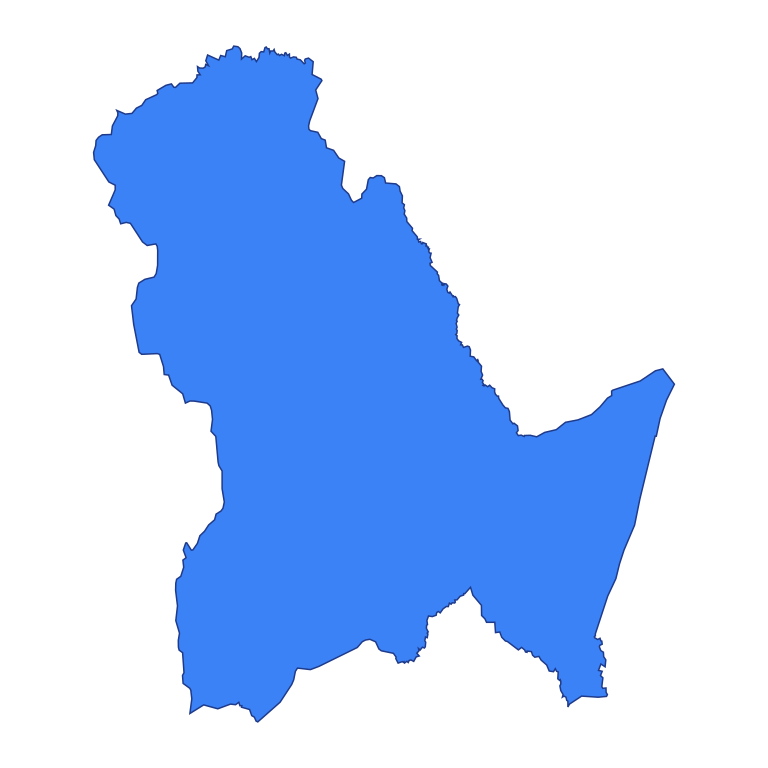 Thung Saliam, Sukhothai, Thailand
{"feature_id": "78962969B26447913933028", "entity_name": "Thung Saliam", "entity_type": "district", "adm_level": 2, "iso_a3": "THA", "parent_name": "Thailand", "parent_adm1": "Sukhothai", "projection": "equal_earth", "projection_center": [99.595, 17.377], "detail": "fine", "context": "isolated", "style": "filled", "palette": "blue", "viewbox_px": 768, "rotation_deg": 0, "n_neighbors": 0, "source": "geoboundaries", "source_scale": "gbopen_adm2", "svg_char_len": 6050}
<svg xmlns="http://www.w3.org/2000/svg" viewBox="0 0 768 768"><path d="M189.9,713.5L203.7,704.9L217.8,708.8L230.5,704.1L235.6,704.7L238.8,702.3L239.9,705.7L241.8,705.7L241.5,707.2L249.6,709.5L251.7,715.6L254.3,717.1L256.1,721.1L257.8,721.9L280.1,702.2L291.7,684.5L293.7,679.8L295.4,671.3L297.5,668.1L310.4,669.6L318.9,666.4L357.3,647.5L362.3,641.7L365.6,640.0L369.9,639.3L375.6,641.8L378.9,649.0L381.3,650.8L393.4,653.3L396.1,657.1L395.8,658.6L398.1,663.1L402.4,661.6L403.4,662.4L404.0,661.7L404.6,663.0L406.9,661.3L408.2,662.5L409.2,660.4L411.0,660.0L413.7,661.4L416.2,656.9L419.2,656.0L416.8,653.2L419.0,650.8L418.5,648.5L420.2,650.0L422.4,647.2L424.4,648.0L425.3,646.8L425.7,642.2L424.8,640.8L425.5,637.0L427.2,637.7L427.9,634.0L427.2,633.1L428.2,631.9L426.4,628.4L426.6,625.3L427.5,624.6L426.9,620.5L428.5,616.0L432.3,616.6L436.2,615.2L436.7,612.5L438.3,611.5L440.2,612.9L443.1,608.8L446.3,606.5L448.3,606.6L449.4,603.1L451.1,604.2L452.2,602.8L454.7,603.0L455.3,602.1L454.7,600.0L457.0,599.9L460.2,596.2L463.6,595.1L463.7,593.6L464.8,593.7L470.5,587.3L472.9,595.2L481.4,605.3L481.6,615.5L484.9,618.8L486.5,622.3L494.8,622.3L495.5,632.6L499.8,632.0L501.7,637.2L505.4,641.0L507.4,641.5L518.4,649.9L521.6,647.4L524.7,650.0L525.5,652.0L527.0,652.3L527.1,651.1L531.4,651.6L532.6,655.2L534.8,657.2L538.9,656.4L541.1,660.1L546.7,665.0L549.2,671.0L553.5,671.7L555.3,668.7L556.6,671.3L558.2,671.9L557.8,678.8L559.6,680.4L560.2,679.7L560.8,681.3L560.8,684.0L559.9,685.9L560.8,690.6L563.1,694.5L562.4,697.1L564.0,696.1L566.0,697.2L566.7,700.3L567.9,701.2L567.9,707.0L569.5,704.1L581.6,696.1L598.2,697.2L606.5,696.4L607.4,694.6L606.1,692.3L606.0,688.0L602.8,688.3L601.8,686.7L602.9,677.8L600.5,675.6L602.2,671.3L598.5,670.4L600.9,664.0L605.1,666.8L605.8,659.9L603.7,656.7L603.4,652.2L600.8,650.6L599.4,646.9L599.7,645.4L602.2,644.2L601.8,641.1L600.8,640.8L600.0,638.3L597.7,639.5L594.6,637.7L594.4,636.5L595.4,635.8L595.3,634.0L607.7,596.1L615.9,578.6L619.5,563.9L624.0,550.1L634.6,525.1L639.9,498.9L655.1,436.1L656.3,436.2L660.1,418.5L666.5,400.2L674.4,384.2L662.8,368.9L655.4,370.8L640.2,381.0L612.7,390.2L611.6,391.1L611.7,395.6L607.5,398.1L600.0,406.9L591.5,414.6L577.9,419.9L565.5,422.3L556.2,429.7L544.7,432.4L536.7,436.8L530.3,435.3L524.5,435.5L524.2,436.5L521.1,435.1L518.3,435.6L516.4,432.8L518.1,430.5L517.5,425.9L514.0,423.2L512.9,423.8L510.1,420.1L509.4,411.6L508.0,408.4L505.3,407.8L502.9,405.0L498.7,398.3L498.5,396.1L497.3,396.2L495.5,394.3L494.6,391.9L494.7,388.8L492.1,387.8L489.7,385.2L487.7,386.7L485.1,385.0L484.0,385.9L482.9,385.3L483.8,384.5L482.4,382.4L483.1,380.7L482.1,379.3L480.8,379.3L482.6,375.1L481.1,371.4L481.5,366.2L477.3,361.1L478.2,360.9L477.7,359.6L476.5,360.6L473.8,356.9L470.2,356.2L470.5,350.1L469.2,346.7L467.5,346.1L463.5,347.4L462.3,344.9L460.6,344.8L461.6,342.4L458.6,340.8L456.9,338.5L457.1,335.7L455.7,334.6L456.8,333.4L457.2,330.5L456.3,329.1L457.1,327.2L456.1,323.4L457.2,321.2L456.5,320.6L457.1,318.1L458.8,315.0L457.4,313.2L458.2,306.9L459.5,304.6L458.3,303.8L456.7,298.4L455.4,296.6L453.2,296.8L453.3,295.8L452.5,295.8L450.0,292.0L449.3,293.1L447.8,292.4L446.8,289.2L447.9,286.1L446.3,284.0L444.5,283.7L444.0,284.8L443.2,283.7L442.8,285.3L441.8,284.9L441.9,283.0L439.4,280.6L438.6,275.4L437.2,273.8L437.4,272.1L430.3,265.5L430.0,263.3L432.1,262.3L430.1,257.7L431.1,253.2L429.5,253.0L428.7,251.1L429.3,249.0L428.5,249.2L428.4,247.3L427.6,247.7L426.8,245.7L426.0,245.9L426.3,243.9L422.8,242.5L422.5,243.7L421.4,243.8L420.6,241.5L418.8,242.0L418.3,239.9L419.4,239.2L417.4,239.3L417.3,236.9L412.1,230.7L412.5,228.3L406.8,221.5L406.7,218.1L404.2,214.1L404.9,210.7L403.7,207.9L404.4,204.7L402.1,202.9L402.4,195.9L400.1,191.1L399.4,186.6L396.0,183.9L385.6,183.0L384.4,177.7L381.4,175.7L376.8,175.6L373.2,178.0L370.2,177.5L368.3,179.7L366.5,189.2L361.9,194.0L361.7,198.2L353.6,202.5L351.4,200.2L348.5,193.9L342.8,188.5L341.4,185.1L344.6,161.3L338.8,158.0L333.6,150.3L326.5,147.8L325.2,140.1L321.3,138.6L317.8,132.3L310.5,130.7L308.9,129.2L308.6,125.9L309.7,120.9L318.0,98.6L315.7,90.0L321.9,80.6L321.2,79.2L312.1,74.5L313.2,61.7L308.5,58.1L305.3,59.0L304.6,60.3L305.3,63.0L304.1,63.8L300.3,59.8L297.1,59.1L296.3,57.3L293.5,56.9L290.5,58.1L289.5,57.0L289.4,54.1L287.4,55.4L285.8,52.7L284.8,53.1L284.4,55.7L281.5,54.3L279.5,55.5L278.4,54.1L277.2,54.7L274.8,51.9L274.1,49.5L273.1,51.0L270.6,51.0L269.8,53.0L269.0,48.7L267.5,48.8L266.2,47.0L265.0,47.6L263.7,51.9L261.2,51.6L259.4,53.3L259.0,57.5L256.4,61.6L254.4,58.4L252.0,59.7L250.8,56.6L249.1,57.3L245.2,55.8L241.5,59.1L241.7,53.0L240.0,48.6L237.9,46.7L233.7,46.1L232.3,48.9L226.7,50.6L225.3,56.7L220.7,55.5L218.8,60.1L207.6,55.0L205.8,60.8L208.5,65.7L205.7,64.4L205.2,66.9L203.2,68.2L199.6,68.0L197.5,66.6L197.9,71.3L200.2,74.8L197.0,74.9L196.9,77.6L192.6,82.9L179.9,83.2L175.5,87.4L173.8,87.2L171.4,83.9L165.9,85.3L157.1,90.5L157.8,93.3L156.8,94.6L145.7,99.7L141.8,105.4L136.4,108.1L132.0,113.4L125.4,114.1L116.8,110.4L117.9,112.8L117.7,115.9L112.4,125.9L111.3,134.5L102.2,134.8L98.6,137.2L96.1,140.4L95.7,145.7L93.6,152.4L94.3,159.7L108.9,182.0L115.2,185.2L115.2,189.9L108.6,205.2L114.1,209.1L115.9,215.6L119.1,219.0L120.7,223.8L126.2,222.4L130.4,223.3L142.5,241.9L147.2,245.5L155.8,243.9L157.2,246.2L157.7,250.4L157.6,265.4L156.2,273.6L154.1,277.1L144.9,279.3L138.8,283.1L137.4,287.4L136.1,299.0L131.5,305.7L133.7,324.4L139.1,352.3L141.7,354.3L157.3,353.6L159.7,354.4L163.5,366.6L164.2,374.5L168.6,375.1L172.1,385.2L182.7,393.8L185.4,403.1L190.0,401.0L194.2,401.1L207.1,403.1L210.2,405.9L211.6,410.4L212.5,419.5L211.0,431.2L215.8,436.4L218.1,462.2L218.9,465.7L222.1,471.0L222.1,488.7L224.3,502.0L223.0,508.2L221.0,511.0L216.1,514.1L214.6,519.8L208.7,524.9L204.5,531.3L199.9,535.7L197.4,543.4L192.8,550.0L191.3,550.1L186.7,542.8L185.7,543.0L183.3,550.1L186.1,557.7L182.9,560.1L183.7,567.3L180.8,576.3L176.6,579.3L175.8,583.2L175.6,590.3L177.5,605.9L175.8,620.6L179.5,633.2L178.3,640.3L178.4,647.1L179.1,650.1L182.6,652.7L184.0,672.7L182.5,675.5L183.1,683.4L189.8,688.3L190.8,690.2L191.8,698.9L189.9,713.5Z" fill="#3b82f6" stroke="#1e3a8a" stroke-width="1.5"/></svg>